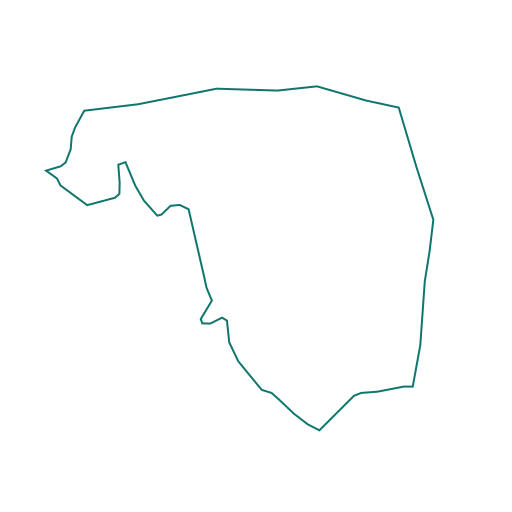 the district of Bérmo, Maradi, Niger, rotated 75°
{"feature_id": "23599985B15241034776795", "entity_name": "Bérmo", "entity_type": "district", "adm_level": 2, "iso_a3": "NER", "parent_name": "Niger", "parent_adm1": "Maradi", "projection": "albers", "projection_center": [6.974, 15.013], "detail": "fine", "context": "isolated", "style": "outline", "palette": "teal", "viewbox_px": 512, "rotation_deg": 75, "n_neighbors": 0, "source": "geoboundaries", "source_scale": "gbopen_adm2", "svg_char_len": 860}
<svg xmlns="http://www.w3.org/2000/svg" viewBox="0 0 512 512"><g transform="rotate(75 256 256)"><path d="M78.9,330.6L71.2,384.3L85.3,397.7L93.0,403.1L105.0,407.4L116.4,415.7L118.8,421.4L119.2,436.7L129.6,428.2L137.4,426.5L163.2,405.9L163.2,376.9L160.6,371.9L150.2,368.8L132.2,365.4L131.6,357.8L156.9,354.4L173.6,349.9L191.5,340.9L191.5,336.5L185.4,325.6L186.9,316.6L193.4,309.0L260.9,311.4L273.6,312.0L284.5,310.6L287.6,310.1L302.6,325.7L307.2,325.3L309.4,317.7L306.8,304.7L310.9,300.8L332.5,304.2L353.0,300.4L367.5,293.9L386.8,285.1L392.3,276.4L401.0,270.7L418.3,260.1L432.1,249.5L440.8,239.9L416.4,197.6L415.5,189.9L418.5,173.7L420.4,147.0L422.7,138.4L384.7,120.4L324.1,99.5L296.1,87.0L266.8,75.3L257.3,75.8L252.7,76.0L211.7,78.0L149.6,79.7L134.3,109.5L107.9,153.2L101.8,192.3L84.2,250.7L78.9,330.6Z" fill="none" stroke="#0f766e" stroke-width="2"/></g></svg>